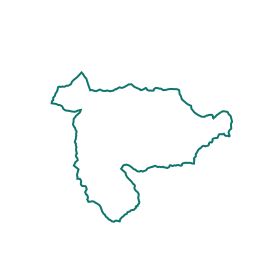 Goenkhatoe, Gasa, Bhutan, rotated 224°
{"feature_id": "84629894B85362517757759", "entity_name": "Goenkhatoe", "entity_type": "district", "adm_level": 2, "iso_a3": "BTN", "parent_name": "Bhutan", "parent_adm1": "Gasa", "projection": "mercator", "projection_center": [89.606, 27.867], "detail": "fine", "context": "isolated", "style": "outline", "palette": "teal", "viewbox_px": 256, "rotation_deg": 224, "n_neighbors": 0, "source": "geoboundaries", "source_scale": "gbopen_adm2", "svg_char_len": 5699}
<svg xmlns="http://www.w3.org/2000/svg" viewBox="0 0 256 256"><g transform="rotate(224 128 128)"><path d="M200.0,135.7L200.0,135.0L199.9,131.3L199.9,129.5L200.0,127.9L200.4,125.6L200.5,123.8L200.4,122.2L200.2,121.5L199.6,120.4L199.5,119.9L199.9,118.6L199.9,118.1L200.3,117.2L200.4,116.9L201.5,115.8L201.8,115.2L202.0,114.3L202.4,113.6L203.3,112.7L204.0,112.2L204.9,110.8L205.8,110.4L206.7,109.0L205.5,106.9L205.0,106.4L204.8,105.4L204.3,104.2L204.1,102.5L203.8,101.7L203.4,101.3L203.1,100.7L202.9,100.1L202.9,98.4L202.8,97.7L201.1,96.1L201.1,95.8L201.4,95.3L201.3,94.6L201.2,94.3L200.1,92.7L197.3,94.8L196.3,95.4L194.5,96.0L194.0,96.2L193.2,97.0L191.6,97.6L190.4,97.8L189.4,97.6L188.3,96.9L187.3,96.9L185.6,97.1L184.8,97.5L184.2,98.0L182.8,98.9L182.3,99.5L180.2,100.6L177.6,102.6L176.6,104.3L176.1,105.8L174.5,108.2L174.3,107.8L173.6,106.2L173.5,105.7L173.4,104.9L173.6,103.9L173.6,103.4L173.8,101.3L173.8,100.4L173.6,99.8L173.6,99.3L173.4,97.4L173.2,96.6L172.9,96.2L172.4,95.7L172.0,95.2L171.3,94.4L170.2,92.5L169.5,92.1L167.5,91.4L166.0,91.3L164.7,90.4L164.1,90.1L163.0,90.0L162.6,89.8L162.2,89.4L161.6,88.1L160.6,87.1L159.9,86.7L159.3,85.5L158.9,85.2L158.5,84.5L158.1,84.1L157.8,83.7L157.4,82.4L156.2,80.7L154.5,80.5L154.2,80.2L153.8,79.5L153.0,79.0L152.2,78.7L151.6,78.3L151.3,77.4L149.7,75.8L148.7,75.1L148.2,75.0L147.9,74.7L147.5,74.2L147.0,74.1L147.1,73.6L146.8,72.9L146.2,71.9L145.2,71.2L143.5,71.1L143.1,70.9L141.8,69.8L142.1,67.0L141.5,65.2L140.8,63.3L137.6,63.7L134.9,63.9L132.7,59.8L132.0,58.8L131.1,58.0L130.3,57.7L129.7,57.1L129.2,56.3L127.2,58.0L125.5,57.6L124.4,56.9L123.6,55.6L122.6,54.6L120.6,54.5L118.3,56.5L117.3,56.5L116.7,56.1L115.1,55.3L114.5,52.6L114.2,52.0L113.7,51.8L113.1,51.7L112.0,51.1L111.1,51.4L109.7,50.9L109.2,50.8L108.6,50.0L108.1,49.7L107.7,48.3L106.4,47.9L105.8,47.5L105.2,47.4L104.7,47.8L104.2,48.7L103.6,49.3L102.8,50.5L101.7,51.2L99.7,51.6L97.3,52.3L97.0,52.3L94.9,52.7L94.5,52.5L93.0,52.2L92.2,51.9L91.3,51.3L90.9,51.3L88.7,50.0L87.4,49.8L86.9,49.6L86.2,49.4L85.4,49.4L84.7,49.6L84.2,49.5L83.7,49.2L81.7,48.9L80.3,49.1L78.1,48.9L77.8,49.0L77.1,49.5L76.8,49.5L74.8,49.7L73.1,50.7L72.8,51.3L72.8,52.1L72.3,53.0L71.8,53.4L70.9,54.1L69.7,54.6L69.1,55.1L69.2,55.5L69.7,55.9L70.2,56.8L70.2,57.8L70.4,59.6L70.0,61.0L70.1,63.4L69.9,64.2L69.4,64.8L69.3,65.2L69.5,66.2L69.8,66.9L69.8,67.4L68.8,68.9L68.7,69.2L68.8,70.3L68.5,71.1L67.9,72.1L67.1,72.9L66.9,73.3L67.0,75.3L66.8,76.2L66.8,76.4L67.0,76.7L67.3,76.6L67.8,77.0L67.7,77.7L67.0,78.6L67.6,79.7L67.6,81.2L67.6,81.4L67.9,81.7L68.1,82.2L68.5,82.7L69.6,83.2L71.0,84.2L71.9,84.5L72.5,85.2L73.0,86.3L74.4,87.9L75.1,88.1L75.8,88.4L77.5,88.5L79.2,88.3L81.3,88.9L82.0,89.6L82.6,91.0L84.2,91.7L84.7,91.5L85.7,91.4L87.0,91.7L88.4,91.9L94.1,92.0L97.0,92.8L97.4,93.3L97.8,93.5L98.4,94.0L98.7,94.1L100.3,93.9L101.2,94.0L103.7,93.8L104.6,93.9L104.7,94.8L105.0,95.6L105.0,96.5L105.3,97.2L105.3,98.1L104.7,99.2L104.1,99.8L104.0,100.1L103.8,100.5L101.7,101.6L100.8,101.9L97.4,102.4L95.3,102.4L94.9,102.5L94.2,103.0L93.4,103.2L92.3,103.1L91.2,103.4L90.4,103.9L89.5,104.7L88.8,106.2L88.3,106.5L87.4,106.7L87.0,107.2L86.5,108.3L86.1,109.0L85.6,110.5L85.9,112.0L85.5,113.5L84.8,114.7L84.2,116.1L83.8,116.3L83.6,116.7L83.3,117.6L82.8,118.1L82.7,119.0L82.1,119.7L81.5,120.0L79.8,120.4L79.3,120.8L78.7,121.7L77.8,122.4L76.9,122.9L76.3,123.8L76.1,124.2L75.7,124.6L74.9,124.6L73.6,125.6L72.8,126.1L72.1,126.3L71.8,126.7L71.7,127.2L71.3,128.7L71.3,128.9L71.9,129.8L71.9,130.4L71.3,131.0L69.9,131.3L69.5,131.6L68.7,133.4L67.6,134.1L67.3,134.5L66.9,135.5L66.2,136.2L63.9,137.5L63.5,137.9L63.4,138.4L63.4,138.8L64.1,139.4L64.0,140.6L63.4,141.7L62.0,143.5L61.4,143.7L60.8,144.5L58.7,146.4L57.2,147.0L56.2,147.9L55.8,148.3L56.8,149.2L57.3,150.0L58.4,151.4L58.9,151.5L59.4,151.9L59.5,152.3L59.5,153.5L59.4,154.3L59.5,154.5L60.2,155.5L60.9,156.0L61.3,156.7L61.3,158.0L61.6,158.6L62.1,160.7L62.3,162.6L62.2,163.1L61.8,163.7L61.8,166.3L61.7,167.0L61.4,167.5L61.1,167.8L59.7,168.5L59.2,169.2L58.1,171.2L58.2,172.1L58.9,172.9L59.1,173.3L59.1,174.8L57.8,175.7L57.7,176.0L57.8,176.2L58.2,177.6L58.9,178.0L59.4,178.6L59.4,179.3L59.0,180.1L58.5,181.0L57.6,182.2L56.9,182.8L56.9,183.6L57.6,185.1L58.1,186.7L57.8,187.1L56.2,188.7L55.8,188.9L55.0,190.5L53.3,190.0L52.3,190.3L51.7,190.7L51.0,191.5L50.2,191.8L49.3,192.5L49.5,192.9L50.2,193.4L51.8,194.2L52.6,194.8L53.0,195.6L53.4,197.1L53.3,199.3L56.3,202.0L57.1,203.2L57.4,204.7L57.6,204.9L59.0,205.7L59.5,206.1L60.6,206.7L61.1,207.1L61.9,207.6L62.9,208.0L63.9,208.0L64.4,207.8L66.1,208.1L66.9,208.6L67.7,208.6L68.6,208.1L70.3,206.9L71.6,205.7L72.4,202.6L72.8,200.2L73.1,198.9L73.1,198.2L72.9,196.7L73.4,195.5L73.2,194.4L74.1,194.4L74.4,194.8L75.6,195.7L76.4,195.8L77.3,195.4L78.9,193.5L79.4,192.2L80.1,191.6L80.7,189.2L83.0,187.2L86.9,186.0L91.0,185.3L95.9,186.0L98.0,187.8L101.3,186.6L103.7,186.3L105.1,186.3L107.2,186.1L108.3,186.2L109.1,186.0L112.1,187.7L114.5,188.3L117.6,190.8L119.8,189.9L122.3,187.6L124.6,185.6L126.1,183.6L127.6,181.1L129.3,179.5L130.1,179.5L131.2,179.3L132.3,178.7L133.0,177.9L134.2,177.5L135.9,176.1L136.3,174.1L135.6,172.7L138.9,169.5L140.5,168.8L141.2,168.9L142.3,169.3L143.1,169.1L143.3,168.1L143.7,166.6L144.8,164.5L145.2,164.0L146.5,164.1L147.9,163.5L148.8,163.2L151.8,162.1L153.1,161.9L155.8,161.9L157.7,159.9L159.2,154.6L160.2,152.7L161.0,152.1L162.3,151.4L162.6,151.0L163.3,147.8L163.7,147.6L164.0,147.2L164.3,145.9L164.6,144.4L165.1,143.9L165.8,143.0L166.2,142.1L166.7,141.9L168.0,141.1L169.2,140.4L169.7,139.2L171.0,138.0L172.4,137.0L174.7,136.3L175.4,135.3L175.7,134.2L176.5,132.3L178.8,130.9L180.1,130.4L180.9,129.7L181.4,128.9L186.2,131.3L192.4,134.6L194.7,134.7L196.0,135.0L198.2,135.6L199.4,135.6L200.0,135.7Z" fill="none" stroke="#0f766e" stroke-width="2"/></g></svg>